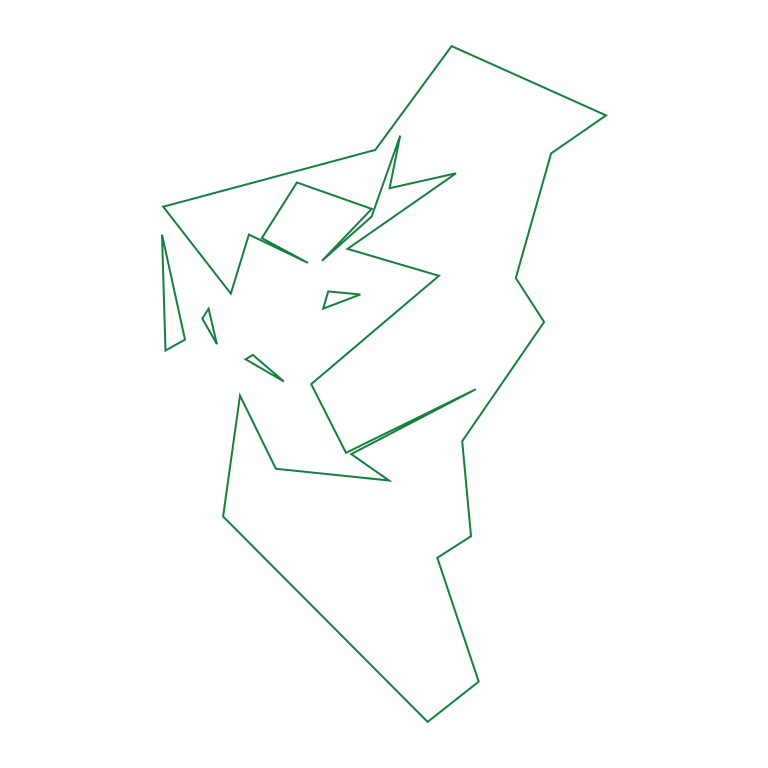 an SVG outline of Rogaland
{"feature_id": "NOR-914", "entity_name": "Rogaland", "entity_type": "County", "adm_level": 1, "iso_a3": "NOR", "parent_name": "Norway", "parent_adm1": "", "projection": "orthographic", "projection_center": [5.997, 59.066], "detail": "coarse", "context": "isolated", "style": "outline", "palette": "green", "viewbox_px": 768, "rotation_deg": 0, "n_neighbors": 0, "source": "natural_earth", "source_scale": "10m", "svg_char_len": 730}
<svg xmlns="http://www.w3.org/2000/svg" viewBox="0 0 768 768"><path d="M427.6,721.9L223.1,516.5L240.0,395.6L275.9,468.8L389.0,480.5L351.2,454.1L475.8,389.2L346.0,452.8L311.2,384.1L438.9,275.8L347.5,248.9L456.0,173.3L389.6,188.2L400.2,135.6L371.6,216.6L322.0,260.8L371.7,208.9L296.9,182.5L261.8,238.1L308.0,262.9L248.9,234.6L230.8,293.6L163.2,206.7L375.3,149.9L451.6,46.1L606.0,115.4L551.1,153.4L515.8,278.0L544.1,322.0L462.2,441.2L471.0,536.2L437.3,557.8L478.7,681.6L427.6,721.9ZM162.0,234.6L185.0,339.6L165.5,350.5L162.0,234.6ZM328.2,291.4L360.3,294.5L323.2,308.6L328.2,291.4ZM252.8,354.9L283.9,381.5L245.6,359.3L252.8,354.9ZM208.6,308.7L216.9,344.2L202.3,318.5L208.6,308.7Z" fill="none" stroke="#15803d" stroke-width="2"/></svg>